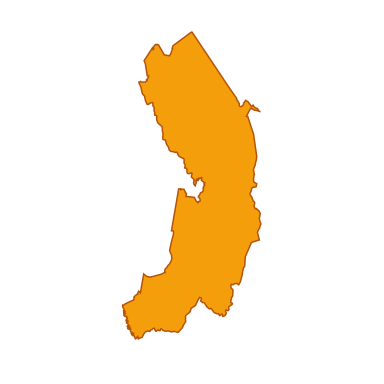 Indrānu pag., Madona, Latvia (Natural Earth projection), rotated 103°
{"feature_id": "27541924B85943558594873", "entity_name": "Indrānu pag.", "entity_type": "district", "adm_level": 2, "iso_a3": "LVA", "parent_name": "Latvia", "parent_adm1": "Madona", "projection": "natural_earth1", "projection_center": [26.773, 56.896], "detail": "fine", "context": "isolated", "style": "filled", "palette": "amber", "viewbox_px": 384, "rotation_deg": 103, "n_neighbors": 0, "source": "geoboundaries", "source_scale": "gbopen_adm2", "svg_char_len": 6079}
<svg xmlns="http://www.w3.org/2000/svg" viewBox="0 0 384 384"><g transform="rotate(103 192 192)"><path d="M108.1,261.6L108.8,260.4L109.5,259.8L113.4,257.9L116.7,255.4L116.8,255.0L116.4,254.3L114.1,251.7L113.8,250.9L114.1,250.1L116.7,249.5L117.2,249.1L117.9,248.1L118.4,247.7L120.5,247.5L121.6,247.1L123.1,246.1L124.6,246.0L125.3,245.7L125.6,245.4L125.4,244.1L126.2,243.3L128.0,243.1L129.8,242.5L132.1,241.0L133.0,239.8L134.7,236.4L135.5,235.5L138.6,234.8L141.9,233.3L146.2,232.6L147.0,232.3L147.3,232.0L147.4,231.5L147.2,230.3L147.7,229.5L151.4,227.4L153.6,225.0L156.1,223.7L156.9,222.4L157.3,221.3L156.9,219.5L157.2,217.4L156.6,215.9L157.0,215.3L159.5,213.4L160.3,212.3L160.5,211.2L161.0,210.0L161.0,209.2L161.2,208.2L161.6,207.3L162.6,206.8L165.4,206.4L166.7,205.1L167.4,204.6L168.1,204.5L169.6,204.7L170.1,204.5L170.3,204.1L170.1,203.1L170.7,202.2L174.1,201.2L174.8,200.6L174.9,199.6L174.8,198.9L173.6,197.0L173.7,196.5L174.4,196.0L176.3,196.2L177.6,195.9L178.0,195.3L178.6,194.0L179.6,192.8L182.6,192.5L183.6,192.2L184.4,191.5L184.8,190.9L185.1,190.2L184.8,190.3L181.1,189.9L180.9,190.1L180.0,189.8L179.9,190.0L180.1,190.2L180.0,190.7L179.0,190.4L179.2,190.2L178.5,190.0L179.3,188.7L178.3,188.3L177.9,189.1L177.1,188.8L177.4,188.3L177.2,188.2L177.5,187.9L175.8,185.9L176.2,185.5L177.6,185.7L178.4,185.6L180.3,181.5L181.5,182.3L182.4,181.2L182.9,181.5L183.0,181.3L184.5,182.1L185.6,181.7L185.9,182.0L186.9,181.5L188.6,181.4L189.6,181.9L190.8,183.4L191.3,183.7L192.8,183.9L194.9,184.8L195.6,184.6L196.5,183.1L197.3,182.5L198.9,182.0L199.6,183.2L200.6,183.5L200.5,184.1L200.9,184.2L199.4,186.4L196.7,188.4L197.6,196.9L194.6,197.0L194.2,198.4L193.5,198.5L191.1,200.6L191.4,201.8L192.3,203.3L191.3,203.7L191.9,204.6L192.0,205.7L234.2,203.3L234.4,203.3L234.2,201.4L236.7,200.6L245.5,200.8L253.8,200.7L256.0,199.5L257.5,198.1L258.6,197.6L261.6,196.7L264.0,196.8L267.7,197.9L268.8,198.8L271.2,199.6L273.1,200.8L273.6,200.9L275.3,200.7L276.2,200.5L276.5,200.1L276.8,200.9L278.9,203.2L284.2,213.2L284.4,213.7L284.4,217.4L282.7,220.6L301.9,219.6L300.6,221.6L302.8,222.1L303.8,221.8L304.2,222.7L306.5,224.5L307.1,224.5L307.3,224.8L308.0,224.9L308.8,224.5L309.8,224.5L310.2,224.5L316.1,232.0L317.9,233.3L317.8,234.1L319.4,233.8L323.3,230.5L323.7,231.0L323.0,231.7L323.1,232.0L323.3,232.0L324.0,231.5L324.7,231.4L324.9,229.8L325.1,229.5L326.0,230.0L326.1,230.4L325.7,230.9L325.8,231.1L326.3,231.0L327.2,230.5L327.8,230.4L328.2,229.9L327.8,228.4L328.7,227.9L328.7,227.7L328.5,227.4L329.8,227.0L329.8,226.6L331.1,227.2L331.3,227.0L331.3,226.6L331.8,226.5L332.0,226.7L331.7,227.2L331.8,227.4L332.2,227.3L332.7,226.9L332.9,226.6L332.2,225.7L332.2,225.2L332.3,225.0L332.8,225.1L333.0,225.8L333.5,226.4L333.9,226.5L334.3,226.3L335.1,224.4L335.4,224.0L335.8,224.0L337.1,224.9L337.7,224.8L337.8,224.3L337.0,223.5L336.7,223.0L336.7,222.7L337.0,222.5L337.8,222.4L338.7,223.9L339.1,224.0L339.4,224.0L339.9,223.3L339.7,222.7L339.9,222.0L338.7,221.6L338.6,221.4L338.9,221.1L341.2,220.8L341.9,220.3L342.5,219.4L343.2,219.6L343.4,219.4L343.4,219.2L342.4,218.8L342.5,218.5L344.4,218.7L344.6,218.6L344.4,218.2L343.0,217.5L342.9,217.1L343.3,217.0L345.2,217.2L345.1,216.2L345.3,215.9L347.1,214.8L347.8,214.1L347.4,213.5L345.8,213.0L344.9,212.4L345.5,211.9L346.7,211.7L347.2,211.2L345.8,209.6L344.9,208.0L344.4,207.8L341.0,207.0L339.2,206.1L338.1,205.0L337.4,203.9L337.3,201.8L336.9,201.5L335.7,201.2L335.1,200.0L333.8,199.3L333.3,198.6L333.4,197.8L334.9,197.0L335.8,195.8L335.6,195.3L334.8,194.8L334.3,194.1L334.1,193.8L334.5,192.4L334.4,192.1L333.8,191.8L332.7,191.8L332.1,191.4L332.2,190.9L333.4,189.1L333.6,187.0L333.3,185.5L332.6,183.9L333.0,180.8L331.9,178.0L331.8,176.7L331.9,174.3L331.8,173.9L326.3,170.8L323.7,170.4L319.5,169.0L317.7,169.7L316.3,169.8L315.3,170.3L313.8,170.3L312.2,169.3L310.7,167.9L309.4,167.1L308.1,166.8L306.1,166.8L305.3,166.5L302.2,163.4L301.4,163.0L296.5,162.0L293.8,161.1L293.0,160.9L293.2,160.3L293.0,159.3L293.3,158.9L294.2,158.8L295.8,159.2L296.3,158.9L297.4,156.6L297.1,155.4L297.3,155.0L300.7,151.4L301.5,149.9L301.8,149.2L301.9,148.3L301.2,147.5L301.2,147.0L304.5,143.4L305.0,140.4L304.6,138.8L304.8,138.5L305.9,137.7L306.2,137.4L306.0,137.0L304.4,135.8L304.2,135.1L304.6,134.8L306.0,134.4L306.3,134.0L306.0,133.2L304.8,132.0L303.6,131.5L302.5,131.4L301.9,131.5L300.5,132.5L299.6,132.6L299.3,132.4L299.2,131.9L299.6,130.5L299.0,129.8L298.0,129.6L296.2,130.3L295.4,130.3L292.9,127.9L291.9,127.4L291.3,127.7L291.0,129.1L290.2,129.6L286.3,129.7L284.2,129.0L278.7,129.9L277.7,130.5L277.0,132.0L276.6,132.4L274.6,133.1L273.4,133.0L273.1,132.8L273.3,132.2L273.3,131.7L272.7,130.8L271.7,129.7L271.4,128.8L271.0,128.0L271.9,125.6L269.7,124.9L267.1,124.6L261.3,124.5L257.4,124.8L253.9,124.7L253.3,124.2L252.5,124.0L242.8,125.5L227.7,122.7L223.6,115.6L216.7,119.1L215.1,119.0L211.8,118.0L208.9,118.0L207.7,117.6L204.8,119.5L202.5,120.4L197.6,120.7L195.5,122.3L193.6,125.8L194.1,126.6L192.0,128.3L188.6,128.4L187.3,129.3L187.1,130.2L183.3,132.8L181.8,134.7L181.0,135.2L179.9,135.1L177.6,134.5L175.6,134.7L174.9,134.5L174.1,134.2L172.5,130.7L169.3,130.8L168.6,133.5L168.3,134.0L166.1,134.9L162.4,135.3L160.6,135.2L160.3,135.6L156.0,137.2L151.6,136.5L147.8,136.7L146.7,136.5L142.9,136.9L121.9,145.0L106.0,154.6L106.0,156.0L97.5,153.8L97.4,152.1L98.3,149.6L98.0,147.0L98.4,144.1L98.2,144.1L98.0,145.4L97.5,145.4L95.8,147.3L95.8,148.8L95.4,150.1L95.0,150.7L93.6,152.0L95.4,153.2L91.5,157.6L90.6,160.3L92.3,161.1L92.8,161.0L93.8,161.7L95.0,161.5L96.5,162.2L97.8,163.3L97.9,163.7L97.8,164.5L97.2,165.4L95.4,165.7L92.4,168.5L92.4,168.8L92.1,169.1L90.5,169.8L82.8,178.4L36.4,227.7L36.2,228.0L36.3,228.5L36.7,228.9L53.7,243.4L56.4,243.7L56.5,243.2L63.0,243.9L63.2,244.3L64.4,244.6L64.6,249.9L56.3,257.6L56.0,258.8L56.6,260.0L56.3,260.4L57.8,261.7L60.0,262.0L61.0,261.6L61.9,262.0L60.5,263.0L74.9,268.2L76.8,266.8L78.5,265.9L88.8,261.8L88.7,260.3L90.8,260.6L91.9,261.0L92.5,260.9L92.9,261.5L93.6,260.9L95.4,262.4L96.2,265.4L96.2,266.4L95.9,267.1L96.7,267.7L96.8,268.4L97.9,268.0L100.9,265.6L106.6,262.9L107.6,262.2L108.1,261.6Z" fill="#f59e0b" stroke="#b45309" stroke-width="1.5"/></g></svg>